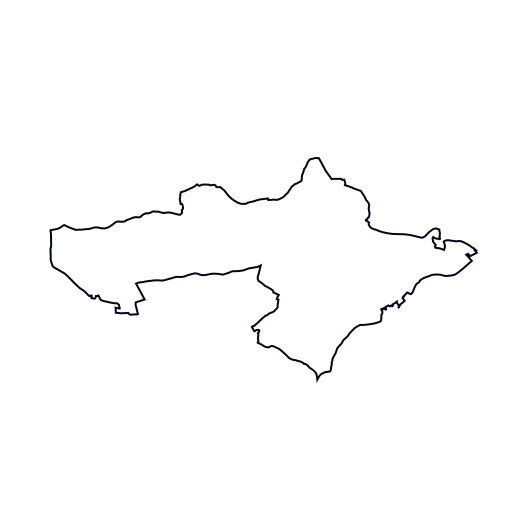 the district of Atintis, Mures, Romania, rotated 28°
{"feature_id": "2599482B68806585606187", "entity_name": "Atintis", "entity_type": "district", "adm_level": 2, "iso_a3": "ROU", "parent_name": "Romania", "parent_adm1": "Mures", "projection": "robinson", "projection_center": [24.081, 46.406], "detail": "fine", "context": "isolated", "style": "outline", "palette": "ink", "viewbox_px": 512, "rotation_deg": 28, "n_neighbors": 0, "source": "geoboundaries", "source_scale": "gbopen_adm2", "svg_char_len": 6142}
<svg xmlns="http://www.w3.org/2000/svg" viewBox="0 0 512 512"><g transform="rotate(28 256 256)"><path d="M158.9,371.9L163.8,369.9L170.0,366.2L171.1,366.8L172.8,366.8L174.6,365.5L178.0,363.6L179.0,362.7L172.5,355.5L171.6,353.4L178.1,346.7L163.1,336.7L164.8,334.6L168.9,331.8L170.2,330.5L177.3,325.5L180.4,323.7L184.2,322.0L186.4,320.5L194.8,312.4L196.2,311.4L199.4,309.9L202.4,307.8L204.5,305.2L210.0,300.1L212.4,299.1L216.2,298.6L218.0,297.9L220.6,296.3L224.9,292.7L227.6,291.1L231.1,289.5L235.5,288.0L239.9,283.6L241.7,281.2L243.2,279.9L244.8,279.2L247.8,277.4L251.4,274.8L255.7,270.1L262.6,264.9L264.6,262.1L266.4,269.1L267.4,273.9L268.6,275.7L269.8,276.7L274.6,277.3L277.7,278.1L282.4,278.1L286.6,278.4L287.2,278.6L288.3,279.5L288.4,280.0L294.4,279.7L294.3,282.0L294.5,284.2L296.3,284.1L296.2,284.6L297.2,286.2L297.5,287.6L298.1,289.1L299.2,291.1L299.1,291.9L298.0,296.2L297.1,297.7L294.7,300.5L293.5,303.1L292.1,304.9L291.3,307.3L290.9,307.9L289.0,313.9L287.1,318.7L285.6,320.4L287.0,321.5L289.8,323.2L291.4,321.0L292.2,320.4L292.7,320.1L293.8,320.1L294.1,320.7L294.2,321.5L294.3,322.1L293.9,322.8L293.9,323.3L294.5,323.6L295.7,325.8L295.8,326.6L296.3,327.8L296.8,328.2L298.3,330.5L298.2,331.7L302.2,331.6L306.1,331.9L308.3,331.5L310.2,330.6L311.4,328.7L312.1,328.1L313.1,327.7L314.8,327.4L320.1,327.2L323.9,327.9L326.7,328.7L327.9,328.9L333.3,330.6L336.9,330.4L339.5,329.5L344.7,328.4L346.2,328.2L348.6,328.4L349.1,328.8L350.0,328.2L351.3,328.2L353.1,328.5L355.4,329.4L360.2,329.9L363.6,331.0L365.2,332.3L366.7,334.2L368.2,336.4L368.2,332.6L368.8,330.0L371.4,326.3L375.5,323.2L375.6,321.9L375.4,320.8L374.5,318.9L374.0,316.7L372.9,314.4L372.5,312.5L371.9,311.0L371.8,306.9L372.0,305.5L371.1,299.2L372.0,295.1L372.5,293.9L372.7,289.0L373.7,286.6L374.7,283.3L374.9,280.6L376.8,273.8L377.9,271.5L380.3,268.0L384.3,265.8L390.1,261.7L393.6,258.7L396.5,255.5L396.4,255.4L396.7,254.6L396.5,253.6L395.4,251.1L394.6,249.6L394.4,249.2L394.5,248.0L394.3,246.9L393.4,245.4L392.0,244.8L391.7,244.2L391.7,243.8L392.7,243.4L392.8,242.9L393.3,242.8L393.4,242.2L393.8,242.4L395.7,242.4L395.8,242.0L395.7,241.5L395.2,241.4L394.8,241.7L394.7,241.6L394.8,240.7L394.7,240.5L394.4,240.8L394.2,240.4L396.1,237.5L397.4,237.7L398.1,237.5L398.4,236.5L398.8,236.2L399.7,236.4L399.9,236.2L400.1,235.9L399.9,234.9L399.4,234.5L400.5,232.8L401.8,230.2L402.2,231.0L402.7,231.5L404.0,231.8L404.9,232.4L405.4,233.0L405.9,234.1L405.9,234.4L406.1,234.5L406.3,233.8L406.1,232.4L406.2,231.1L407.9,227.0L408.3,225.7L405.7,224.7L404.9,223.7L405.2,222.4L405.7,222.2L405.7,221.9L405.4,221.3L405.8,220.6L406.6,217.2L407.9,217.3L408.0,217.1L409.8,217.1L410.6,217.0L410.9,216.6L411.3,214.5L411.2,212.6L410.8,209.6L410.7,206.1L411.6,203.7L412.4,202.4L412.3,200.9L412.6,199.9L414.4,196.7L417.9,192.9L420.2,190.1L423.3,188.0L425.0,187.1L427.8,185.9L431.1,185.2L432.7,184.7L437.1,181.9L439.7,179.8L440.6,178.8L442.3,175.5L444.7,170.0L448.8,159.0L441.0,156.1L442.2,154.5L445.2,155.6L449.5,149.5L446.6,148.4L447.5,147.7L444.4,146.9L443.2,147.0L438.5,146.4L433.5,146.4L430.1,146.7L427.9,147.6L425.6,149.3L424.2,149.5L421.4,150.8L419.2,151.4L417.1,152.5L415.4,154.1L415.0,155.3L417.0,157.0L418.5,159.1L419.2,162.3L414.6,163.0L410.8,164.4L410.6,164.1L409.6,163.8L409.5,163.4L409.5,162.1L409.4,161.8L407.2,161.0L405.6,160.1L404.1,158.2L403.5,157.1L403.6,156.0L405.1,156.3L407.8,155.8L408.8,155.2L410.3,154.9L410.4,154.6L410.3,154.2L409.1,153.3L409.0,152.3L408.0,150.5L407.6,149.3L406.3,148.0L405.5,146.6L402.1,147.1L400.2,148.6L399.6,149.4L397.6,153.6L396.0,159.4L394.6,161.4L393.4,162.2L382.5,165.0L377.6,166.8L366.2,172.4L361.6,174.1L357.1,175.4L352.9,176.2L350.0,176.4L348.4,176.8L345.8,177.2L343.2,176.9L341.8,176.0L340.9,175.4L340.2,174.4L340.3,173.4L337.3,172.7L336.7,173.2L336.3,173.0L336.1,172.8L336.9,170.6L336.9,169.5L337.4,168.8L336.6,165.6L333.0,160.9L332.2,158.2L331.4,157.1L330.1,156.2L326.6,154.7L324.6,153.0L318.5,149.6L317.8,149.4L309.5,150.6L309.3,150.4L304.9,151.0L301.2,151.7L301.0,150.5L300.5,149.6L298.1,147.2L296.3,148.3L295.3,148.0L294.5,148.1L287.2,152.1L286.7,152.6L277.6,148.1L268.8,142.2L265.4,140.1L264.4,140.8L262.8,141.3L258.4,145.3L258.1,145.8L257.8,148.1L257.6,148.5L257.9,151.1L258.1,154.5L257.7,156.3L258.4,159.7L258.9,163.6L260.9,168.1L260.8,168.5L258.0,172.7L256.5,174.5L256.1,175.8L255.1,177.7L254.6,182.2L254.5,184.6L253.8,187.0L253.2,188.3L253.2,188.9L252.7,190.3L252.2,191.6L250.4,194.2L248.9,196.0L247.1,197.1L244.8,198.1L242.8,199.5L240.5,200.8L239.6,199.6L233.5,203.8L230.9,206.1L228.4,208.7L223.7,212.8L222.9,214.3L221.7,215.2L218.6,216.8L217.5,217.1L214.5,217.5L211.0,217.3L207.7,216.9L203.0,215.6L197.6,213.1L191.9,211.9L190.7,212.8L188.7,213.7L187.1,212.7L186.0,212.6L182.2,215.2L181.3,215.0L177.5,216.8L174.8,218.4L173.2,220.6L172.2,220.7L170.7,220.3L170.4,220.4L168.9,223.8L162.7,232.0L159.7,235.0L160.3,237.3L161.3,239.2L162.0,241.6L162.4,242.2L165.1,245.5L165.9,244.8L166.6,245.0L167.6,245.9L169.1,247.9L169.3,249.0L169.0,250.0L169.0,250.6L169.8,251.5L170.4,252.5L170.2,253.7L169.6,255.2L168.1,255.9L161.8,257.4L158.9,258.3L157.2,259.3L154.1,261.5L150.5,262.4L149.0,262.6L147.7,263.4L144.3,264.9L143.6,265.6L142.7,267.1L140.4,269.3L139.3,269.6L138.0,270.9L136.8,272.6L135.6,275.7L135.1,276.5L131.3,278.3L129.2,280.1L126.9,282.9L125.1,284.8L124.8,285.2L124.4,286.3L123.1,287.7L121.4,288.8L118.0,290.3L117.3,290.8L115.6,293.1L114.6,295.7L113.1,298.5L111.5,300.8L109.7,302.5L106.6,304.1L103.2,305.0L101.0,306.0L98.9,307.5L96.9,309.7L96.2,310.2L89.5,314.7L87.7,315.6L84.8,317.5L77.4,318.5L72.2,318.7L71.5,319.6L69.6,323.2L67.9,325.3L62.5,329.7L64.6,332.8L69.4,341.4L70.8,344.1L70.9,345.2L71.7,347.2L75.2,353.1L75.9,354.8L77.1,356.5L81.3,360.5L83.4,360.9L95.6,361.3L102.6,363.3L108.2,365.1L115.4,367.1L120.8,367.6L126.6,369.4L127.5,369.6L128.2,369.5L128.6,369.3L128.5,368.7L129.3,368.1L129.6,368.2L130.6,370.4L133.6,369.4L133.9,368.1L133.5,366.4L135.1,365.6L135.4,364.9L136.1,365.2L138.2,366.9L139.8,367.7L142.9,367.2L148.5,365.7L153.3,364.2L155.1,363.1L156.9,363.1L158.0,363.5L158.4,364.3L159.8,365.6L159.8,365.8L160.3,366.4L160.0,366.6L159.0,366.6L157.6,367.3L156.3,367.6L158.9,371.9Z" fill="none" stroke="#020617" stroke-width="2"/></g></svg>